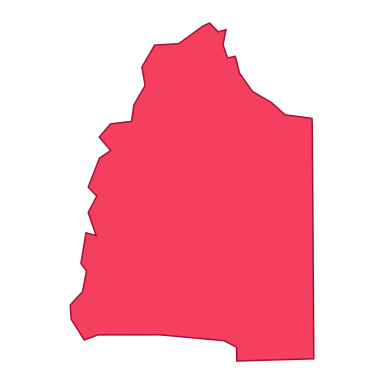 Gilchrist, Florida, United States of America
{"feature_id": "52423323B24171754221857", "entity_name": "Gilchrist", "entity_type": "district", "adm_level": 2, "iso_a3": "USA", "parent_name": "United States of America", "parent_adm1": "Florida", "projection": "robinson", "projection_center": [-82.847, 29.749], "detail": "fine", "context": "isolated", "style": "filled", "palette": "rose", "viewbox_px": 384, "rotation_deg": 0, "n_neighbors": 0, "source": "geoboundaries", "source_scale": "gbopen_adm2", "svg_char_len": 596}
<svg xmlns="http://www.w3.org/2000/svg" viewBox="0 0 384 384"><path d="M141.9,67.1L145.1,85.5L133.9,104.9L131.5,121.4L110.5,123.9L99.2,137.2L110.7,150.6L99.5,158.1L88.2,187.1L96.8,196.1L88.2,212.5L96.1,235.5L86.0,232.8L80.9,263.5L86.5,270.9L82.5,291.7L70.2,305.0L71.2,319.2L84.2,340.0L97.7,334.9L159.7,334.8L224.1,340.7L236.5,347.2L236.8,361.0L313.8,358.8L312.3,126.0L312.0,118.4L285.0,114.8L271.6,102.7L252.3,91.3L239.5,73.1L235.3,56.3L227.5,57.9L223.0,44.6L226.0,29.7L218.2,31.8L209.5,23.0L202.9,26.1L178.7,43.7L154.6,45.1L141.9,67.1Z" fill="#f43f5e" stroke="#9f1239" stroke-width="1.5"/></svg>